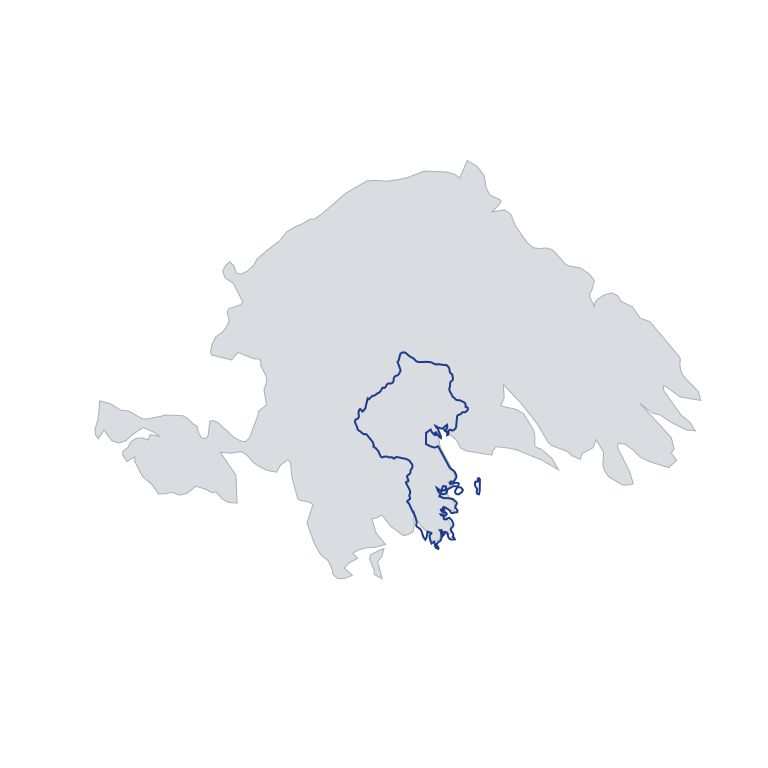 Galway highlighted on a map of Ireland, rotated 246°
{"feature_id": "IRL-713", "entity_name": "Galway", "entity_type": "County", "adm_level": 1, "iso_a3": "IRL", "parent_name": "Ireland", "parent_adm1": "", "projection": "albers", "projection_center": [-9.136, 53.343], "detail": "fine", "context": "in_parent", "style": "outline", "palette": "blue", "viewbox_px": 768, "rotation_deg": 246, "n_neighbors": 0, "source": "natural_earth", "source_scale": "10m", "svg_char_len": 9830}
<svg xmlns="http://www.w3.org/2000/svg" viewBox="0 0 768 768"><g transform="rotate(246 384 384)"><path d="M463.5,139.4L450.5,149.1L448.6,152.7L445.2,167.1L444.8,171.2L436.9,187.3L432.3,190.6L425.3,193.3L421.3,196.0L416.3,194.8L409.9,195.1L406.8,198.0L407.0,200.2L408.9,202.7L420.9,209.8L420.2,212.8L417.0,216.3L396.0,225.3L389.7,230.5L387.6,234.0L389.9,239.6L407.1,256.5L410.1,258.3L412.7,268.2L427.8,272.1L434.1,278.2L439.5,279.6L451.0,278.8L455.6,281.0L458.2,279.2L459.6,275.9L472.2,263.4L468.0,254.4L480.5,238.5L484.1,238.7L490.3,243.2L495.5,249.6L497.3,258.4L502.3,266.1L505.5,268.7L513.8,270.0L515.9,273.1L514.8,284.6L516.1,288.3L537.2,287.3L545.5,282.0L552.8,282.6L556.7,287.5L558.5,292.8L552.3,295.0L545.6,294.2L542.6,297.8L542.6,304.5L545.2,313.0L549.9,318.9L553.9,332.5L557.5,347.6L562.5,356.7L563.9,368.1L563.5,373.7L564.7,383.8L562.9,387.4L564.8,396.9L573.9,427.1L576.5,450.9L573.0,460.0L568.2,468.7L565.2,478.9L563.0,489.9L562.1,507.5L551.6,528.4L546.9,533.7L541.4,537.1L554.3,551.0L544.4,557.8L533.5,560.2L521.3,557.0L513.7,557.7L504.3,565.5L502.1,564.2L497.2,552.6L494.2,564.8L487.3,568.9L475.2,568.4L455.2,572.2L447.6,575.8L444.5,581.3L442.2,587.6L439.2,591.4L435.7,593.4L420.2,598.3L417.2,600.2L410.1,610.5L400.7,616.5L392.9,618.3L385.9,612.6L382.9,609.0L379.7,607.3L369.0,607.7L372.4,609.5L374.6,613.6L375.8,621.6L374.6,629.4L369.4,633.4L363.1,634.2L353.2,642.4L340.0,644.7L332.9,652.2L289.1,664.8L286.6,665.0L280.6,661.8L274.0,660.3L267.5,661.3L249.1,668.2L240.2,666.7L251.7,649.3L266.9,640.6L268.5,638.2L263.6,636.9L234.7,642.8L224.6,647.9L214.5,649.3L219.3,641.4L232.3,630.6L243.5,623.6L248.4,617.2L262.0,610.0L218.2,624.6L206.7,622.6L204.1,618.4L195.1,620.2L191.9,610.0L205.3,594.8L213.1,588.3L222.3,584.8L231.1,579.8L234.5,573.5L230.4,571.5L204.1,572.7L191.5,571.2L192.3,566.2L194.7,560.8L207.9,551.5L214.9,550.1L221.2,551.1L232.2,556.8L246.9,555.2L240.8,549.1L239.9,536.8L235.2,532.7L241.3,527.1L248.2,523.7L259.7,512.0L263.8,510.3L286.4,507.5L310.7,501.4L334.8,492.8L322.4,488.1L316.5,481.8L307.0,494.5L300.2,499.4L280.8,501.9L274.7,500.5L266.1,496.5L263.4,498.0L260.9,501.0L248.0,507.1L234.6,508.5L250.3,497.2L270.3,478.0L274.7,471.9L281.0,461.3L279.1,456.5L275.1,453.8L289.4,432.0L294.4,428.0L303.5,427.4L310.2,423.9L313.1,423.9L315.8,422.6L321.6,416.0L312.6,411.9L303.3,409.7L274.5,411.9L270.7,411.4L267.1,409.4L264.8,406.5L263.1,399.0L261.0,397.4L254.6,397.3L248.1,399.5L243.7,399.3L239.3,396.0L246.4,388.4L237.4,386.5L228.3,387.9L220.7,385.5L220.6,380.8L224.1,376.0L219.6,371.5L218.8,365.7L223.6,363.0L228.8,364.0L239.5,359.9L253.1,358.0L241.5,353.7L236.9,350.1L236.7,344.6L237.7,340.0L251.2,332.2L265.6,328.8L264.6,323.6L265.6,318.0L251.2,316.2L236.8,320.1L238.5,309.3L242.0,299.6L242.7,293.2L242.1,286.4L235.4,289.2L234.8,279.6L232.0,272.9L222.1,277.3L222.4,268.6L225.3,262.5L230.5,259.9L235.6,261.2L245.1,261.1L254.3,256.6L267.4,255.5L288.4,257.1L302.8,270.1L306.5,267.7L312.3,259.5L315.0,258.6L336.8,262.1L350.3,266.7L353.9,265.2L351.9,256.2L347.2,249.9L353.0,241.6L360.0,236.0L364.7,233.1L375.5,229.5L380.2,226.2L383.3,215.6L388.2,206.7L361.0,211.6L335.0,201.3L339.0,193.9L344.5,189.6L353.9,186.4L354.7,182.5L359.5,179.2L367.2,170.7L364.2,159.8L365.7,151.7L371.3,146.4L372.9,138.8L375.4,133.3L386.7,131.1L397.6,125.8L414.5,124.8L418.9,126.8L417.7,117.7L425.6,116.4L428.8,118.1L430.3,124.6L434.0,128.6L435.2,135.7L432.9,141.3L429.0,145.7L432.8,149.9L427.2,157.9L433.3,154.4L442.0,146.5L441.4,140.2L439.7,132.4L437.1,125.3L438.0,117.4L442.9,112.3L455.8,109.5L450.3,100.7L455.0,99.8L460.2,101.5L467.9,108.3L484.3,117.6L476.7,126.5L467.1,132.8L463.5,139.4ZM234.0,312.8L233.6,317.0L227.3,311.7L224.3,305.9L206.9,303.1L214.2,297.5L217.7,299.2L230.0,299.6L233.4,302.0L234.0,312.8Z" fill="#d9dde1" stroke="#a8b0b8" stroke-width="1"/><path d="M315.2,424.8L315.2,424.1L311.5,422.0L311.5,420.9L313.6,421.8L314.7,422.0L315.7,420.9L316.7,420.4L317.4,420.6L316.9,422.0L317.8,423.2L318.7,424.1L319.8,424.7L321.1,425.0L320.3,422.0L319.9,420.9L319.3,420.0L320.4,417.8L321.8,416.2L324.7,414.0L323.8,414.0L322.1,414.7L321.4,414.9L312.8,414.7L311.5,414.0L313.1,413.1L317.0,412.1L318.7,411.9L318.7,411.0L316.3,411.0L316.3,410.0L317.1,409.3L319.3,408.6L320.5,408.1L323.4,408.1L322.3,402.6L312.0,397.9L308.1,401.1L305.3,404.4L305.1,408.1L280.5,410.0L277.8,411.4L276.5,412.4L274.5,412.9L270.9,412.9L269.1,412.0L268.1,410.6L267.3,409.2L266.2,408.0L267.8,405.5L267.2,403.8L265.8,403.8L264.9,406.5L264.5,409.6L263.5,411.5L262.1,411.7L260.7,409.9L260.8,408.8L262.5,405.8L261.8,399.2L263.5,398.0L264.7,398.8L265.3,398.9L265.6,398.6L266.2,397.3L266.5,396.9L266.7,396.4L263.2,392.9L264.2,391.9L267.5,390.0L264.3,389.8L262.8,390.0L261.5,390.9L262.6,392.7L262.7,395.2L262.0,397.3L260.3,398.0L258.7,396.3L259.2,393.6L260.1,391.1L260.0,389.9L259.5,389.6L259.2,389.1L258.8,388.8L258.2,389.4L257.0,390.9L256.0,391.4L255.3,392.5L254.3,394.8L252.2,398.5L250.8,400.2L246.7,402.0L245.3,402.0L243.9,400.3L242.2,398.8L238.4,399.7L237.0,398.7L237.4,398.1L237.9,396.3L238.0,394.6L238.4,393.6L239.0,393.0L239.7,392.8L240.9,392.7L242.4,392.3L245.9,390.0L247.2,388.8L247.3,387.8L244.2,387.8L244.3,386.7L246.1,385.8L246.1,384.8L244.8,384.8L243.8,385.2L241.9,386.7L241.9,387.7L240.8,388.5L239.4,388.3L239.0,386.7L239.4,385.4L241.2,384.2L241.9,382.7L240.8,382.9L240.1,383.6L239.5,384.4L238.7,384.8L237.9,384.5L237.2,383.9L236.4,383.8L235.4,384.7L235.1,386.2L235.3,387.8L235.4,389.1L234.4,389.7L233.4,389.8L232.0,390.5L228.5,390.5L227.4,390.2L226.4,389.6L225.5,388.4L225.0,387.1L224.4,386.0L223.2,385.6L219.7,386.2L217.6,385.9L216.4,384.5L215.6,385.2L214.9,385.5L213.3,385.5L214.1,383.1L215.1,381.5L216.4,380.7L218.2,380.5L221.5,381.2L222.8,381.0L224.1,379.6L224.2,378.5L223.1,378.4L222.3,377.8L221.7,376.9L221.2,375.5L223.1,375.9L225.2,376.9L227.0,377.2L227.7,375.6L226.0,375.8L222.8,375.1L219.5,373.6L217.7,371.5L217.7,370.6L217.2,368.8L216.5,367.2L215.7,366.4L213.2,367.1L212.1,367.2L211.3,366.4L213.3,364.7L215.3,364.7L217.4,365.4L219.6,365.6L219.4,364.9L219.2,363.2L219.0,362.6L222.8,362.7L226.7,363.8L227.2,364.3L228.4,366.6L229.3,366.2L230.5,364.4L231.4,363.8L226.2,360.2L224.9,358.4L228.2,357.7L235.0,358.5L237.4,357.8L240.4,356.0L241.6,355.9L242.5,356.3L244.3,357.6L248.4,358.4L255.2,358.9L255.2,358.3L264.7,358.2L265.4,358.1L266.1,357.5L266.7,357.3L267.2,357.3L267.7,358.0L267.9,358.6L268.2,360.4L268.4,360.9L268.7,361.2L269.2,361.4L271.6,361.7L272.0,361.9L272.5,362.3L273.4,363.3L275.2,364.1L276.3,364.4L284.5,363.9L285.4,364.1L285.5,364.7L285.5,365.2L285.2,366.2L285.3,366.7L285.6,367.1L286.3,367.2L289.5,367.2L290.3,367.6L290.8,368.0L291.1,369.7L291.3,370.3L291.6,371.1L292.2,372.0L293.0,372.5L294.3,373.1L294.6,373.4L295.0,373.9L295.5,375.3L296.2,375.9L297.1,376.4L298.6,377.0L299.2,377.0L302.0,376.3L302.6,376.3L303.4,376.1L304.2,375.7L306.2,374.0L307.0,373.2L308.4,371.0L311.8,366.5L312.3,365.5L312.4,364.8L311.9,363.9L311.7,363.5L311.7,362.9L312.0,362.5L312.5,362.2L313.4,361.8L314.0,361.3L314.3,360.4L314.4,359.7L314.8,359.0L316.4,357.2L316.9,356.4L317.2,355.8L317.6,354.1L317.7,352.3L318.2,351.9L319.2,351.5L324.9,351.5L328.5,350.5L331.2,348.8L332.5,349.9L335.8,350.0L337.7,349.6L338.2,349.4L344.9,347.6L345.7,347.0L345.9,346.6L346.1,345.4L346.6,344.9L347.4,344.4L350.2,343.1L352.3,341.7L353.1,341.5L353.7,341.5L354.8,341.8L360.6,342.0L361.1,342.1L361.7,342.3L362.5,342.9L362.9,343.3L363.1,343.9L363.0,345.2L363.2,346.2L363.6,347.1L364.4,347.7L365.3,348.2L367.6,348.8L368.3,349.1L369.8,350.2L370.3,350.6L370.5,351.0L370.7,351.4L370.8,351.9L370.6,352.3L370.1,352.5L368.4,352.7L367.9,352.8L367.6,353.2L367.5,353.7L368.4,355.0L368.7,355.5L368.8,356.1L369.1,356.7L369.6,357.4L371.7,358.6L373.8,360.5L377.0,362.7L377.4,363.3L376.7,363.4L376.3,363.6L376.2,364.1L376.3,364.5L377.5,367.3L377.8,368.4L377.8,368.9L377.4,370.4L377.4,371.0L377.4,371.5L377.9,373.2L378.1,374.1L378.2,374.6L378.1,375.7L378.1,376.3L378.6,377.4L379.9,379.5L380.9,380.5L381.1,380.9L381.2,381.2L381.0,381.6L380.4,382.3L380.3,382.7L380.3,383.4L380.6,384.2L381.9,385.8L382.3,386.4L382.7,387.3L382.7,387.8L382.7,388.3L382.0,389.6L381.6,390.6L381.6,391.2L381.6,391.9L381.9,392.9L382.5,393.6L383.4,394.2L385.0,395.2L385.7,395.7L386.2,396.3L386.5,397.2L386.6,397.6L386.4,399.6L386.6,400.5L387.0,401.5L388.2,403.2L388.9,403.9L389.5,404.5L390.5,404.8L395.5,405.2L398.6,405.3L398.7,405.8L399.9,407.3L404.6,410.9L405.4,412.7L404.8,415.2L403.2,416.7L399.5,418.3L394.6,421.8L392.6,422.3L390.9,423.3L389.4,425.7L387.1,431.5L385.7,434.2L385.0,435.4L384.1,436.4L381.7,438.3L381.0,439.1L380.5,439.8L380.3,441.0L379.2,443.0L376.5,447.3L376.1,448.7L373.0,449.9L371.5,449.9L368.0,449.0L367.2,449.1L366.4,449.4L365.5,450.0L364.5,450.1L361.5,449.4L359.9,448.6L359.5,447.8L359.2,446.7L358.8,445.6L357.8,444.7L355.8,443.8L352.9,441.6L351.9,441.3L350.9,441.2L344.7,441.6L343.7,441.9L342.2,442.8L340.7,443.2L340.2,443.5L339.6,444.3L339.0,445.1L338.6,446.0L338.1,446.9L337.8,447.2L336.3,448.3L335.0,449.5L333.9,450.1L333.1,450.2L332.1,450.2L331.4,450.0L330.8,449.7L330.2,449.2L329.8,449.3L329.4,449.6L329.1,450.2L328.6,450.7L328.1,450.8L327.7,450.7L326.4,450.0L326.0,449.5L325.6,448.6L325.3,447.0L325.3,446.2L325.5,445.8L326.2,444.6L326.3,444.2L326.2,443.7L326.0,443.2L325.5,442.4L325.4,441.9L325.3,441.3L325.3,440.7L325.5,439.6L325.5,439.1L325.3,438.5L325.1,438.1L324.8,437.7L315.3,432.3L314.7,431.7L314.4,431.3L314.0,430.5L313.7,429.5L313.6,428.9L313.5,428.3L313.6,427.7L313.8,427.3L314.0,426.9L315.0,426.5L315.3,426.2L315.4,425.9L315.4,425.0L315.2,424.8ZM258.9,431.2L259.1,431.1L259.5,431.3L259.4,432.4L257.8,432.8L247.5,428.0L244.6,425.9L245.6,424.6L247.6,424.6L249.8,426.3L250.9,426.3L253.0,425.9L254.7,426.1L256.9,427.0L257.6,428.1L256.8,429.2L256.8,430.1L258.9,431.2ZM257.8,405.9L259.9,409.5L258.1,412.2L255.1,413.0L253.6,411.3L253.3,409.1L252.9,408.1L252.8,407.3L253.6,405.9L254.6,405.1L255.9,404.9L257.0,405.1L257.8,405.9Z" fill="none" stroke="#1e3a8a" stroke-width="2"/></g></svg>